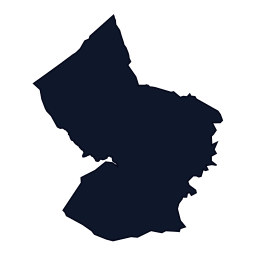 San Francisco Ozolotepec, Oaxaca, Mexico
{"feature_id": "50627088B26566065011472", "entity_name": "San Francisco Ozolotepec", "entity_type": "district", "adm_level": 2, "iso_a3": "MEX", "parent_name": "Mexico", "parent_adm1": "Oaxaca", "projection": "mercator", "projection_center": [-96.209, 16.098], "detail": "fine", "context": "isolated", "style": "filled", "palette": "ink", "viewbox_px": 256, "rotation_deg": 0, "n_neighbors": 0, "source": "geoboundaries", "source_scale": "gbopen_adm2", "svg_char_len": 3182}
<svg xmlns="http://www.w3.org/2000/svg" viewBox="0 0 256 256"><path d="M135.7,76.9L129.5,68.0L127.9,65.6L127.6,64.9L130.5,61.6L129.1,58.7L128.9,58.3L128.6,55.7L128.0,53.2L125.9,47.8L123.7,44.8L123.2,42.5L120.8,35.2L119.5,30.5L117.5,27.5L115.5,24.5L115.5,23.5L115.3,21.9L115.3,20.5L114.6,18.9L114.1,17.9L114.1,17.1L113.5,15.4L90.1,36.2L89.3,39.1L84.9,41.0L80.4,48.8L75.9,53.1L73.0,54.9L59.0,65.3L40.7,78.5L35.9,81.9L35.8,82.0L33.7,83.5L40.3,89.5L42.1,99.3L45.5,108.3L47.0,111.1L51.4,115.7L57.5,126.8L60.2,128.2L62.5,127.9L64.0,128.5L64.3,128.9L64.7,129.2L65.0,129.4L65.5,129.6L65.9,129.7L66.0,129.8L66.3,129.9L66.6,130.1L66.8,130.5L67.1,130.9L67.4,131.3L67.7,131.7L68.1,132.0L68.4,132.3L68.6,132.5L69.0,132.9L68.7,133.5L68.6,133.9L68.7,134.2L68.7,134.5L69.2,134.7L69.7,135.4L70.0,136.3L70.2,136.9L70.3,137.3L70.6,138.1L70.9,138.7L71.1,139.2L71.5,139.8L72.0,140.2L72.7,140.4L73.2,140.5L73.6,140.7L73.8,141.0L73.9,141.3L74.1,141.3L74.3,141.5L74.4,141.8L74.4,142.2L74.8,142.6L75.1,143.0L75.5,143.5L75.8,143.7L76.3,144.2L76.7,144.3L77.0,144.3L77.1,144.7L77.5,145.0L78.0,145.4L78.2,145.6L78.6,145.8L78.9,145.8L79.2,146.0L79.4,146.5L79.5,147.0L79.6,147.3L80.0,147.6L80.4,148.1L80.6,148.3L81.0,148.7L81.2,149.0L81.5,149.3L81.8,149.6L82.1,149.8L82.4,149.8L82.7,149.7L82.8,149.7L82.8,149.8L83.0,150.0L83.2,150.4L83.4,150.9L83.8,151.5L84.0,152.1L84.1,152.5L84.1,152.9L84.1,153.3L83.7,153.8L83.5,154.0L83.3,154.5L83.2,154.7L83.1,155.0L82.9,155.5L82.8,155.9L82.8,156.4L82.9,156.7L83.1,156.8L83.6,156.8L84.3,156.7L85.0,156.5L85.7,156.2L86.3,156.0L86.9,155.6L87.3,155.4L87.9,155.3L88.4,154.9L88.9,154.6L89.5,154.6L90.2,154.6L90.7,154.6L91.2,155.0L91.5,155.5L92.0,156.1L92.4,156.2L93.0,156.4L93.7,156.8L93.8,157.2L94.0,157.5L94.6,158.2L95.1,158.9L95.5,159.6L95.7,160.3L96.0,160.7L96.7,161.0L97.2,161.2L97.7,161.2L98.3,161.1L98.7,160.9L99.1,160.4L99.5,159.9L99.9,159.4L100.4,159.0L101.0,158.8L101.9,159.3L102.7,159.5L103.9,159.3L105.0,158.8L106.0,158.4L106.8,157.9L107.0,157.8L107.2,156.0L107.9,156.0L108.8,156.1L109.4,155.9L109.8,156.0L110.6,156.5L111.3,157.0L112.1,157.0L112.4,157.3L112.6,157.5L112.6,158.0L112.5,158.6L112.6,159.1L112.7,160.2L113.0,161.0L113.6,161.5L114.6,162.1L115.8,162.8L116.9,163.6L117.4,166.4L112.2,162.9L105.8,162.1L95.2,170.6L81.2,177.7L81.5,182.8L63.2,210.3L65.0,212.1L66.6,215.6L82.5,224.2L91.8,230.6L94.5,234.1L106.5,238.9L113.0,240.6L131.1,236.4L137.4,237.0L151.0,230.4L161.9,232.5L165.7,230.5L178.0,231.2L179.2,231.4L180.0,228.5L185.2,226.8L180.2,220.7L177.2,208.8L178.7,203.3L181.9,199.0L182.5,196.9L186.5,197.0L187.3,193.1L189.9,192.5L191.4,195.2L196.1,192.7L195.5,190.2L189.0,185.4L187.5,181.3L193.2,175.6L196.5,175.7L198.9,176.8L201.0,176.2L203.0,169.4L205.7,170.4L206.5,170.1L207.8,169.7L206.0,166.1L206.2,165.4L211.9,164.4L216.5,165.2L211.2,161.2L211.1,156.1L216.1,153.4L213.9,149.5L217.0,142.4L211.6,145.1L211.2,136.2L213.3,134.1L216.0,130.2L212.2,123.0L213.1,122.6L220.2,122.5L222.3,120.3L220.2,114.7L217.9,111.3L196.2,99.1L194.9,96.8L190.8,96.3L189.7,94.1L187.1,97.0L183.4,96.5L180.2,97.5L173.5,91.9L171.1,92.5L155.6,87.9L151.9,87.2L149.6,87.1L148.2,85.5L146.2,85.0L145.7,85.5L138.4,85.5L135.7,76.9Z" fill="#0f172a" stroke="#020617" stroke-width="1.5"/></svg>